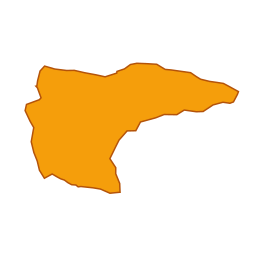 Laneia, Limassol, Cyprus, rotated 278°
{"feature_id": "46923920B30538260046236", "entity_name": "Laneia", "entity_type": "district", "adm_level": 2, "iso_a3": "CYP", "parent_name": "Cyprus", "parent_adm1": "Limassol", "projection": "robinson", "projection_center": [32.922, 34.818], "detail": "fine", "context": "isolated", "style": "filled", "palette": "amber", "viewbox_px": 256, "rotation_deg": 278, "n_neighbors": 0, "source": "geoboundaries", "source_scale": "gbopen_adm2", "svg_char_len": 1040}
<svg xmlns="http://www.w3.org/2000/svg" viewBox="0 0 256 256"><g transform="rotate(278 128 128)"><path d="M156.6,31.0L155.2,32.7L145.8,37.7L143.7,36.3L137.2,24.2L130.9,23.7L121.1,30.1L115.3,34.6L100.9,34.1L90.6,38.2L82.7,42.7L73.8,46.2L66.6,52.2L71.9,59.3L69.8,64.4L68.3,68.4L67.6,72.2L65.5,76.1L64.0,80.1L64.3,84.3L62.8,86.8L63.5,89.5L63.9,101.7L63.7,109.2L60.9,119.2L63.3,129.1L64.1,128.9L71.9,127.5L81.0,122.2L87.0,121.4L95.1,114.3L107.1,118.2L114.8,120.8L125.0,127.5L126.4,136.1L135.7,139.5L141.9,153.9L146.4,161.9L148.0,174.5L153.6,181.2L153.6,193.4L154.8,200.1L162.7,209.0L166.7,218.4L166.7,225.5L168.5,228.8L175.7,231.4L176.6,231.7L179.4,232.3L183.0,222.9L185.4,216.3L185.5,209.9L185.5,202.3L186.4,193.1L188.4,188.5L191.5,182.3L191.5,173.5L191.5,162.7L191.2,156.6L195.1,147.6L194.3,137.6L193.3,127.7L191.2,121.6L186.0,116.2L182.5,109.2L180.8,109.2L175.5,98.2L176.2,88.8L176.7,77.3L177.6,66.8L176.4,59.2L176.2,47.3L177.7,36.8L172.2,33.0L162.2,31.9L156.9,31.9L156.6,31.0Z" fill="#f59e0b" stroke="#b45309" stroke-width="1.5"/></g></svg>